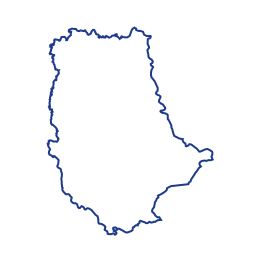 the district of Arévalo, Cerro Largo, Uruguay, rotated 354°
{"feature_id": "84410073B27325052760321", "entity_name": "Arévalo", "entity_type": "district", "adm_level": 2, "iso_a3": "URY", "parent_name": "Uruguay", "parent_adm1": "Cerro Largo", "projection": "albers", "projection_center": [-55.198, -32.737], "detail": "fine", "context": "isolated", "style": "outline", "palette": "blue", "viewbox_px": 256, "rotation_deg": 354, "n_neighbors": 0, "source": "geoboundaries", "source_scale": "gbopen_adm2", "svg_char_len": 5658}
<svg xmlns="http://www.w3.org/2000/svg" viewBox="0 0 256 256"><g transform="rotate(354 128 128)"><path d="M146.7,31.6L146.3,31.2L146.5,30.2L146.4,29.9L145.7,29.7L145.1,28.9L143.9,29.2L142.5,30.3L141.9,31.1L139.3,36.5L137.0,37.7L135.4,37.7L132.0,36.9L131.5,36.2L131.2,36.2L130.9,36.3L130.6,37.7L129.6,37.9L129.1,38.5L127.2,36.0L125.2,35.2L125.1,34.9L125.4,34.4L126.6,34.1L126.6,33.6L126.4,33.5L125.2,33.6L124.4,34.5L121.9,34.5L120.8,35.5L118.9,36.2L118.1,35.9L117.5,35.1L116.0,34.2L115.4,34.4L115.2,35.5L114.9,35.7L113.4,35.4L113.1,34.5L112.6,34.2L111.6,35.1L111.1,35.1L110.1,34.0L109.5,34.2L109.2,35.0L108.8,35.2L108.1,34.4L108.7,33.4L108.6,32.8L108.0,31.9L106.7,31.7L105.9,31.0L105.8,29.5L105.4,29.2L104.7,27.0L104.4,26.8L103.7,26.7L102.1,27.8L100.8,30.3L98.6,31.2L98.2,31.1L97.6,30.6L97.5,29.4L96.5,28.2L95.6,26.4L95.1,26.4L94.4,27.0L94.0,27.0L91.0,26.0L89.8,26.5L88.9,26.4L87.5,25.7L86.5,24.0L84.1,23.8L82.8,23.3L79.5,24.3L79.2,25.7L79.4,26.2L80.1,26.4L81.2,26.1L81.6,26.5L80.9,28.0L80.9,29.6L78.0,31.7L76.6,34.2L75.8,34.2L75.9,32.6L74.5,30.8L71.8,30.5L71.3,30.7L69.7,33.7L69.0,34.1L68.6,34.0L68.3,33.3L65.1,32.3L64.3,32.3L63.7,33.0L64.0,33.8L63.8,34.8L63.0,36.2L62.1,36.5L62.9,37.2L62.7,37.7L61.8,37.9L60.2,37.0L59.7,37.1L59.2,37.7L59.3,38.1L59.9,38.6L59.3,39.1L60.6,39.7L60.9,40.2L59.6,41.8L59.6,43.0L57.9,45.7L58.2,46.4L59.0,46.1L59.5,46.2L60.3,47.1L62.2,47.8L62.0,48.4L61.2,48.7L60.0,49.6L60.1,50.5L60.9,50.9L60.9,52.5L59.8,54.2L60.7,54.8L60.9,56.7L61.4,57.3L61.7,60.0L62.2,61.2L61.8,61.4L61.8,61.8L62.1,62.3L63.2,62.5L64.5,63.2L64.8,63.7L65.2,63.6L64.7,64.8L65.0,66.2L64.6,66.6L64.4,67.3L63.6,67.9L63.2,68.6L62.3,68.9L62.4,69.5L61.9,69.6L61.9,71.8L61.6,72.8L60.7,72.5L60.3,73.1L59.9,73.0L58.9,74.1L58.5,75.0L58.8,75.9L58.4,76.9L57.9,79.3L58.1,79.8L58.0,80.4L57.7,80.9L56.9,81.1L56.7,80.8L56.5,81.5L55.9,81.5L56.3,82.5L56.3,83.3L55.8,83.5L56.1,84.0L55.5,84.1L54.8,85.3L54.9,86.0L55.7,86.2L55.8,86.8L55.2,87.5L54.4,87.4L54.2,88.5L53.6,89.3L53.7,91.1L53.0,91.6L53.2,93.4L52.8,94.0L52.5,95.0L52.7,95.8L52.4,96.9L52.6,97.4L52.0,98.1L52.5,98.2L52.6,98.5L51.9,98.5L51.7,98.7L51.9,99.2L51.8,99.8L52.3,101.2L52.7,100.9L53.1,101.6L54.4,101.7L54.1,102.9L54.8,104.1L54.5,104.4L53.9,103.9L53.4,104.4L53.7,105.0L53.5,106.1L54.1,107.0L53.1,108.0L53.2,108.5L52.7,109.5L52.8,111.0L52.0,111.9L52.1,113.3L51.9,115.5L52.5,116.0L52.8,116.8L53.4,116.8L56.1,119.8L57.0,121.3L56.9,121.8L57.2,122.0L57.6,123.5L56.9,123.4L56.8,125.0L56.6,125.5L56.1,125.9L56.4,126.6L55.9,128.1L56.8,129.7L56.9,130.1L57.4,130.5L57.4,131.4L57.7,131.7L57.1,132.4L56.9,133.3L55.7,134.3L54.6,133.8L53.0,133.8L50.0,132.3L48.6,132.2L48.3,132.8L47.8,132.7L47.5,135.6L47.2,135.9L46.6,135.5L46.6,136.3L46.7,137.2L48.3,141.2L47.1,142.8L46.7,144.5L46.8,145.3L47.0,146.1L49.1,147.4L50.3,149.1L50.8,149.1L51.4,148.2L52.0,148.3L55.5,152.3L55.6,152.9L54.8,156.6L53.7,158.5L53.8,159.2L54.2,159.9L56.6,161.6L56.9,162.2L57.0,164.3L57.5,165.9L57.2,169.0L56.5,170.8L56.4,171.7L56.5,175.3L56.2,176.6L56.4,178.1L56.2,178.8L56.2,179.5L56.8,180.6L56.3,181.7L56.3,182.9L57.1,184.6L59.3,187.4L61.9,187.6L62.8,188.3L63.7,190.1L64.6,191.0L64.8,191.5L63.8,193.8L64.0,195.2L65.5,196.8L66.7,197.3L67.9,197.3L68.9,198.1L69.4,198.6L70.0,201.6L70.8,202.5L71.8,202.5L73.6,200.9L74.3,201.1L75.6,202.2L76.5,204.4L77.5,204.6L78.9,203.6L79.5,203.6L80.7,204.0L83.0,205.6L86.7,211.0L88.5,212.6L88.9,215.2L88.7,219.1L89.0,219.9L89.5,220.2L91.2,220.5L92.3,221.1L93.7,222.1L95.0,223.5L95.2,224.0L94.6,225.0L94.7,225.5L94.2,226.4L94.2,226.9L96.4,228.5L96.8,229.8L96.7,231.1L97.2,231.4L100.1,231.9L102.3,231.2L102.9,231.4L103.6,232.6L104.2,232.7L105.2,232.1L105.6,231.2L105.0,230.3L105.0,228.9L104.6,228.7L103.4,229.1L103.0,228.8L103.5,228.0L102.7,227.0L102.7,226.4L102.8,225.9L103.4,225.6L104.8,225.5L106.1,226.1L106.3,227.4L106.1,227.9L106.5,228.0L108.4,227.1L109.6,227.7L110.0,228.2L111.3,228.9L114.1,231.1L115.5,231.8L116.4,231.8L119.3,231.2L121.2,230.5L121.9,229.9L122.5,227.4L124.0,227.0L124.5,226.2L125.3,225.7L126.8,225.6L127.5,225.9L127.8,225.3L127.7,224.6L129.2,223.9L129.5,223.5L129.7,222.3L130.5,221.6L134.8,223.5L136.0,224.5L137.6,224.6L139.6,223.5L141.1,224.5L142.9,224.4L143.8,223.9L145.1,224.2L147.9,222.8L151.2,222.9L149.8,220.0L148.5,220.1L147.1,219.1L146.0,217.8L145.1,215.8L143.3,213.8L143.2,213.1L143.9,211.3L145.6,209.5L147.2,204.3L148.3,203.3L149.3,201.3L151.0,200.2L150.7,198.4L154.0,197.3L158.2,195.2L160.0,193.8L160.6,191.9L164.6,190.3L182.1,190.2L182.7,188.8L184.6,187.6L185.7,185.4L189.1,181.4L190.4,179.5L192.0,178.1L194.4,175.1L196.5,173.9L195.5,172.4L195.3,171.1L195.7,170.0L196.7,169.1L198.1,168.5L201.0,168.4L202.4,168.9L205.0,168.4L207.0,168.7L208.9,168.2L208.0,165.3L208.9,163.8L209.4,161.6L209.1,160.2L207.4,158.8L205.0,157.2L202.7,157.3L197.6,159.0L196.4,158.9L194.5,156.0L189.3,151.1L187.4,150.5L186.1,151.7L184.4,152.3L183.6,152.0L183.5,149.5L181.7,147.9L181.0,145.7L181.3,144.7L179.3,144.3L177.6,143.6L173.2,140.7L172.4,137.6L171.9,133.7L171.2,132.1L171.4,130.0L169.4,124.5L168.5,123.4L168.9,119.4L168.0,118.2L166.7,117.4L163.6,116.4L162.3,115.5L162.0,114.8L162.6,114.2L165.2,114.1L166.2,113.6L167.0,112.8L167.1,111.7L165.0,108.1L163.4,107.2L161.6,105.3L161.8,103.6L163.5,101.0L163.6,100.0L162.5,98.9L161.0,98.2L160.0,97.5L159.4,96.5L160.1,95.1L161.0,94.5L161.6,92.9L161.7,91.2L159.5,84.5L156.7,80.0L156.4,78.3L156.7,75.1L157.3,73.0L159.1,70.4L159.3,69.7L157.4,68.1L157.3,66.7L159.2,65.7L159.6,64.2L158.5,62.3L156.9,61.2L155.8,59.5L155.9,57.2L155.5,53.9L155.5,52.4L157.3,50.5L157.3,49.2L156.3,46.6L157.0,41.7L157.5,41.3L159.1,41.1L159.8,40.5L160.2,39.3L160.0,38.8L157.7,38.7L155.9,38.3L153.7,36.7L153.1,34.0L150.5,32.7L148.8,32.6L146.7,31.6Z" fill="none" stroke="#1e3a8a" stroke-width="2"/></g></svg>